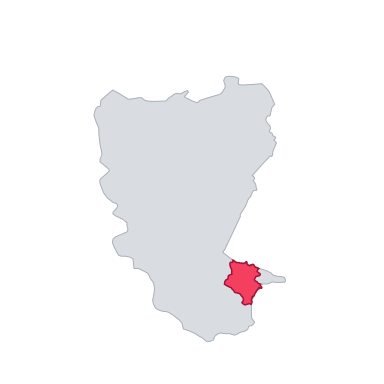 Burkina Faso, with Poni highlighted, rotated 296°
{"feature_id": "BFA-2837", "entity_name": "Poni", "entity_type": "Province", "adm_level": 1, "iso_a3": "BFA", "parent_name": "Burkina Faso", "parent_adm1": "", "projection": "equal_earth", "projection_center": [-3.283, 10.293], "detail": "fine", "context": "in_parent", "style": "filled", "palette": "rose", "viewbox_px": 384, "rotation_deg": 296, "n_neighbors": 0, "source": "natural_earth", "source_scale": "10m", "svg_char_len": 5287}
<svg xmlns="http://www.w3.org/2000/svg" viewBox="0 0 384 384"><g transform="rotate(296 192 192)"><path d="M272.1,246.4L263.8,246.9L260.7,248.1L258.9,248.1L258.8,247.1L258.6,246.5L248.1,243.1L240.7,241.1L233.2,238.9L232.8,241.0L231.7,242.3L230.1,242.4L229.0,242.1L228.2,243.7L227.0,245.8L225.3,246.9L223.6,248.2L222.6,249.3L221.9,249.3L220.2,246.6L217.9,246.3L213.7,246.8L211.8,246.1L209.2,245.7L203.0,246.3L193.2,245.2L191.5,245.8L191.1,246.2L181.4,246.4L170.6,246.5L161.7,246.6L153.8,246.7L153.8,246.3L151.3,246.2L151.0,247.1L148.8,258.0L148.5,263.9L149.7,267.6L151.0,269.9L152.5,270.9L152.7,272.2L151.5,273.9L151.6,275.7L153.0,277.5L153.3,279.4L152.6,281.4L152.8,286.1L153.9,293.7L153.9,298.6L152.9,300.9L153.4,304.7L155.3,310.1L155.7,312.4L155.0,313.5L153.4,314.9L151.7,314.9L149.8,311.6L149.0,310.1L147.5,306.8L146.2,303.4L144.4,302.0L142.7,300.6L140.6,296.4L138.5,294.3L136.4,294.9L133.2,294.1L126.9,293.1L120.1,293.4L117.3,294.4L114.5,295.9L107.5,299.3L104.7,301.0L102.5,305.3L100.1,305.2L97.7,303.8L96.2,301.9L93.0,302.3L89.9,300.4L86.9,296.7L84.7,295.5L81.9,292.8L81.1,287.7L79.3,284.2L77.7,279.2L75.2,277.0L72.4,275.8L68.5,276.1L66.0,274.1L64.0,271.2L64.5,268.7L65.4,265.1L65.5,261.7L66.2,256.1L65.8,249.1L65.1,244.3L67.3,242.3L69.7,240.5L71.3,237.2L72.9,229.8L73.6,223.4L73.1,221.0L72.3,219.1L71.6,216.4L71.3,213.0L71.7,210.1L73.6,207.4L76.0,205.1L77.7,204.0L82.1,202.9L87.6,201.2L90.8,199.3L93.1,197.4L94.4,195.8L95.8,192.7L97.9,190.3L99.6,187.9L99.8,181.1L99.8,177.3L98.6,175.2L97.9,173.4L106.1,168.1L106.2,164.3L105.0,160.2L103.4,156.8L102.9,153.9L105.1,150.5L107.1,148.0L108.6,145.8L111.8,142.5L115.2,141.7L118.2,142.9L127.2,150.7L128.7,151.2L130.6,150.6L132.9,148.5L136.0,146.9L137.1,141.7L137.0,134.1L137.7,130.5L139.3,129.9L144.5,131.4L145.8,131.5L147.3,131.0L148.4,129.6L148.3,127.2L148.1,125.0L149.8,117.9L152.8,112.5L159.0,105.9L160.9,104.5L163.2,103.9L174.3,108.4L176.1,107.3L178.8,96.0L181.8,94.9L185.4,94.7L187.7,93.7L188.9,92.9L194.2,88.6L203.4,82.8L208.4,80.3L209.4,79.3L212.9,75.2L217.7,70.4L220.7,69.4L224.9,69.1L227.5,69.9L228.2,71.2L229.1,71.9L234.5,69.9L242.4,73.1L249.1,76.3L248.7,78.3L248.7,81.8L248.2,87.5L247.5,94.2L250.3,98.6L253.7,103.3L254.6,105.1L253.7,109.7L254.4,112.4L256.2,116.9L259.2,122.7L262.3,128.6L264.5,129.4L266.5,129.8L267.8,130.9L269.6,131.9L271.4,132.6L273.0,133.9L274.0,135.2L275.3,138.8L278.8,141.2L281.2,143.6L280.3,144.8L277.2,144.3L274.4,143.3L274.0,145.0L273.9,151.7L274.4,157.3L275.1,158.0L278.0,159.1L284.8,166.3L291.1,173.2L293.2,175.0L296.6,175.6L300.4,175.9L302.1,175.3L305.8,171.8L307.8,171.4L309.6,171.5L310.6,172.1L312.4,174.9L314.1,179.2L314.6,182.3L314.4,184.0L313.9,184.6L310.8,185.5L309.5,186.1L309.2,187.0L309.7,189.1L310.3,190.5L313.7,196.6L318.5,204.9L320.0,207.1L319.2,209.5L316.8,216.0L315.0,218.7L307.0,227.9L303.0,226.8L294.6,228.7L293.4,226.6L291.4,226.3L289.0,226.7L288.2,227.5L287.9,228.4L287.0,229.6L285.5,233.3L284.3,234.2L282.9,234.8L281.0,234.7L280.0,235.2L280.0,237.0L279.7,238.5L278.4,239.3L277.9,241.1L278.0,242.8L277.3,243.6L275.8,243.2L274.8,242.7L274.0,244.9L272.9,246.5L272.1,246.4Z" fill="#d9dde1" stroke="#a8b0b8" stroke-width="1"/><path d="M126.1,293.4L125.6,293.2L125.2,292.9L125.0,292.5L124.8,292.2L124.3,292.0L124.2,292.1L123.9,292.6L123.7,292.7L123.1,292.4L122.9,292.3L121.3,292.6L120.8,292.8L120.5,293.1L120.0,293.8L119.7,294.1L119.1,294.3L116.9,294.4L116.9,294.2L116.9,293.5L116.8,292.6L115.8,291.3L113.9,289.3L113.7,288.1L113.8,287.5L114.1,286.1L114.4,285.4L115.1,285.4L116.1,285.7L116.8,285.7L118.2,285.1L119.3,284.4L119.6,283.8L120.2,282.1L121.3,280.2L121.5,279.4L121.4,278.7L121.2,277.9L121.0,276.4L120.8,275.8L120.6,275.2L120.6,274.5L120.7,274.2L120.9,273.8L121.8,272.3L122.2,271.3L122.4,270.3L122.7,269.8L123.0,269.5L123.1,269.4L123.2,268.6L123.0,267.4L123.1,263.6L123.2,263.1L123.2,262.7L123.3,262.0L123.3,261.7L125.0,261.0L126.4,260.8L127.7,261.0L128.7,261.6L129.3,262.1L129.7,262.3L130.4,262.2L132.0,261.5L132.9,261.5L133.7,262.0L134.3,262.5L135.5,263.9L136.1,263.6L137.0,262.9L137.6,262.6L138.3,262.5L139.3,261.9L141.6,259.3L142.9,258.2L143.5,257.9L143.9,257.7L144.1,257.5L144.8,257.3L145.6,257.4L146.2,258.2L146.4,258.9L146.7,259.3L147.4,259.3L147.9,259.1L148.3,258.8L148.4,258.7L148.4,258.9L148.5,258.9L148.6,259.0L148.8,259.3L148.8,259.5L148.7,259.9L148.5,260.6L148.0,261.7L148.0,262.1L148.1,262.9L149.1,265.2L149.1,265.6L149.2,266.6L149.3,267.0L149.4,267.3L149.9,267.8L150.0,268.0L150.1,268.9L150.3,269.5L151.5,270.8L151.9,271.1L152.4,271.2L153.2,271.2L153.3,271.4L153.2,271.8L152.9,272.2L152.5,272.4L152.1,272.4L151.8,272.6L151.5,272.9L151.3,273.3L151.1,273.9L150.9,274.8L150.9,275.7L151.2,276.4L151.5,276.6L151.8,276.6L152.1,276.7L152.2,277.0L152.3,277.5L152.5,277.6L152.8,277.6L153.1,277.8L153.4,278.0L153.6,278.2L153.7,278.4L153.7,279.0L153.6,279.5L153.4,279.9L152.7,280.6L152.3,281.5L152.3,282.4L152.6,284.3L152.6,285.7L151.3,285.3L150.2,285.0L149.3,285.3L148.7,286.8L148.4,289.0L147.7,289.6L146.4,289.3L145.1,287.9L144.1,286.5L142.5,286.5L140.8,286.4L139.8,287.4L139.9,289.6L139.0,291.4L139.2,293.8L138.8,293.5L138.3,293.9L137.2,296.0L136.8,296.6L136.0,296.7L135.7,296.1L135.6,295.3L135.6,294.4L135.5,294.1L135.2,294.3L134.8,294.6L134.5,294.7L134.1,294.5L133.6,293.8L133.2,293.6L128.0,293.0L126.1,293.4Z" fill="#f43f5e" stroke="#9f1239" stroke-width="1.5"/></g></svg>